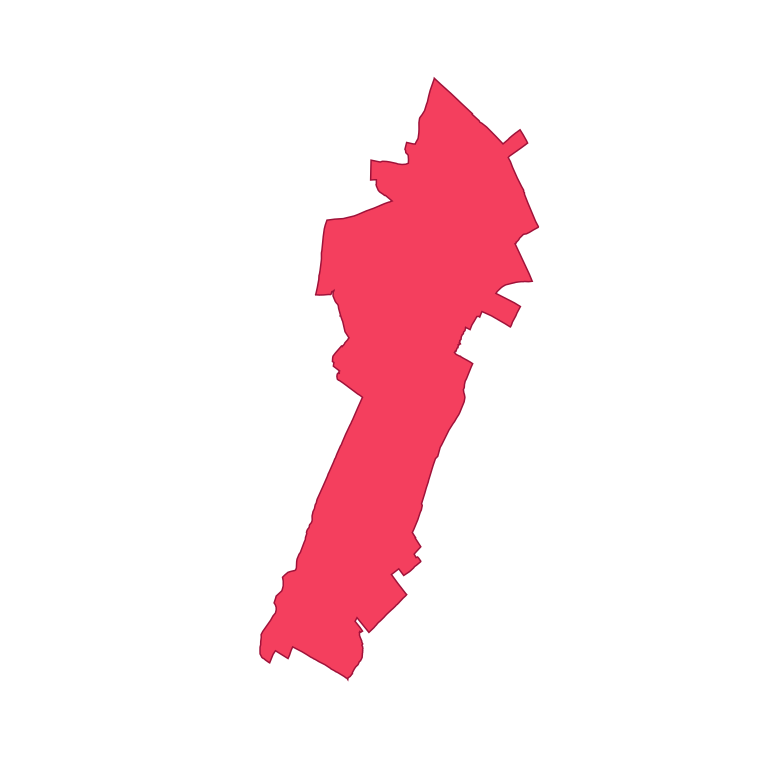 Vutcani, Vaslui, Romania, rotated 234°
{"feature_id": "2599482B53104310937331", "entity_name": "Vutcani", "entity_type": "district", "adm_level": 2, "iso_a3": "ROU", "parent_name": "Romania", "parent_adm1": "Vaslui", "projection": "equal_earth", "projection_center": [27.986, 46.445], "detail": "fine", "context": "isolated", "style": "filled", "palette": "rose", "viewbox_px": 768, "rotation_deg": 234, "n_neighbors": 0, "source": "geoboundaries", "source_scale": "gbopen_adm2", "svg_char_len": 6147}
<svg xmlns="http://www.w3.org/2000/svg" viewBox="0 0 768 768"><g transform="rotate(234 384 384)"><path d="M601.8,604.4L601.3,603.9L594.5,594.1L591.0,589.8L586.6,584.8L585.3,582.8L581.3,577.5L579.5,573.1L578.6,570.1L578.2,569.2L577.7,568.6L574.9,565.9L569.3,561.9L566.8,559.9L562.9,556.2L562.4,555.5L560.6,551.6L559.8,550.4L561.0,548.8L566.1,544.3L561.6,538.9L560.3,538.7L558.3,537.6L555.8,538.0L554.8,538.0L551.3,535.8L548.3,533.5L549.0,530.8L551.0,527.6L554.0,524.4L554.9,523.9L555.6,523.3L560.2,519.2L562.5,516.9L565.0,513.8L565.3,513.1L565.8,511.4L572.7,505.1L556.9,493.1L555.0,496.1L553.7,497.9L550.1,495.2L550.0,494.8L548.5,494.2L544.0,493.2L541.9,493.4L537.5,495.0L536.4,495.2L535.9,495.6L535.8,496.0L527.3,498.1L527.8,496.4L527.9,495.4L528.3,494.9L529.7,490.1L532.2,479.1L534.4,471.6L536.7,461.5L537.5,458.6L541.8,448.2L546.4,440.9L549.0,436.1L550.1,434.2L547.1,429.9L544.6,426.9L539.2,421.7L528.6,412.3L526.8,410.4L522.2,407.1L521.0,406.1L513.2,398.8L510.7,396.2L510.1,395.3L506.9,392.7L501.1,386.6L496.7,381.6L496.6,380.8L496.7,380.6L495.0,382.8L494.1,383.8L491.5,387.6L489.1,391.6L487.8,393.3L487.8,394.1L489.3,395.9L489.4,396.3L488.9,397.5L489.1,398.6L488.9,398.5L488.3,397.0L487.4,396.2L485.2,394.5L479.4,393.1L477.3,393.1L475.8,393.3L474.4,393.1L471.8,391.7L465.4,389.3L465.0,388.6L464.7,389.0L459.7,387.5L459.0,387.4L449.2,383.2L441.9,382.8L441.6,381.5L441.2,380.9L440.3,376.6L439.5,375.1L438.9,372.2L439.6,372.3L439.7,371.8L437.6,362.7L436.5,359.1L435.4,357.9L432.5,355.5L430.9,356.1L428.2,353.5L420.7,355.7L420.7,355.2L420.0,354.2L419.2,354.4L418.9,354.1L419.0,353.7L419.6,353.4L419.8,353.1L419.5,352.0L417.9,350.4L415.6,349.2L415.1,349.1L413.8,349.5L412.8,350.1L408.5,351.6L391.3,356.9L389.2,357.8L385.9,358.8L380.8,349.9L373.2,337.0L372.7,335.9L371.6,334.2L370.6,332.1L367.4,326.3L365.9,323.5L361.1,315.5L360.0,313.9L359.4,312.3L355.0,304.7L352.7,301.2L352.3,300.1L350.6,297.5L344.8,287.5L344.1,286.1L342.5,283.8L336.9,274.2L330.0,262.1L329.2,261.1L327.7,259.4L327.1,258.4L327.0,257.8L326.2,256.8L324.0,254.4L322.5,251.6L322.1,251.1L321.3,250.3L319.6,248.3L316.5,246.2L315.6,245.4L314.6,243.9L313.9,241.3L313.6,240.7L312.2,239.4L311.8,238.5L311.4,236.9L310.8,235.7L309.6,234.1L308.3,233.5L306.1,230.4L304.3,228.8L302.9,226.4L296.9,217.3L296.2,215.2L293.4,210.7L291.6,208.9L286.7,205.0L285.5,203.2L285.6,202.1L287.2,198.4L288.1,195.6L287.8,191.5L287.3,188.3L283.9,186.7L279.9,183.8L277.6,181.0L276.7,179.6L275.8,172.1L274.4,170.4L271.5,166.4L269.3,166.3L266.7,165.5L264.6,164.0L262.5,161.5L261.6,157.9L259.5,153.4L255.1,140.5L253.5,137.3L251.2,135.8L248.0,132.8L245.6,131.0L244.0,129.1L241.5,127.2L238.5,125.1L234.6,124.5L233.2,124.9L232.1,125.5L230.5,125.8L226.4,127.2L225.6,127.6L230.5,135.4L232.0,139.4L218.3,145.0L220.1,148.1L223.1,152.3L225.0,155.6L215.6,160.3L210.2,162.6L206.1,164.2L204.2,165.2L202.6,165.8L201.4,166.6L200.4,166.9L199.1,167.6L198.5,167.7L191.7,171.2L185.6,173.5L184.8,173.6L181.1,175.4L179.8,175.8L177.9,176.9L170.7,179.9L168.6,180.5L167.7,181.1L166.2,181.0L167.2,182.0L167.4,182.6L167.3,184.8L167.6,185.4L167.6,186.0L168.2,187.2L168.1,188.1L168.3,188.3L169.1,188.8L171.0,192.7L171.8,195.0L172.2,198.0L173.9,200.9L173.9,202.4L174.6,203.5L174.8,204.2L175.9,205.9L176.7,206.4L177.6,207.3L178.7,208.1L179.2,208.8L180.0,209.3L180.6,210.0L181.6,210.4L182.2,211.3L184.1,212.3L185.7,212.6L186.2,214.0L188.2,214.3L189.0,214.9L192.9,215.8L195.2,216.5L196.7,217.7L197.5,218.0L198.0,218.9L197.0,219.1L196.8,219.7L196.7,221.4L201.3,221.5L209.0,221.1L210.8,224.8L191.9,225.8L192.8,232.6L193.3,234.6L193.7,236.9L194.0,237.4L194.4,239.7L194.4,240.7L194.7,243.1L195.3,247.0L195.6,248.2L196.1,250.8L197.0,257.9L197.0,258.7L197.6,262.9L197.9,263.8L197.9,265.6L198.2,266.3L198.2,267.2L198.4,267.8L199.5,273.4L199.9,276.9L200.3,278.6L201.7,278.4L214.6,278.0L225.5,278.0L225.8,287.3L217.5,287.4L217.2,294.2L217.3,295.7L217.8,299.8L218.3,301.4L218.3,303.9L218.6,308.0L218.7,309.2L219.0,309.6L222.5,309.7L224.3,309.5L224.5,309.2L224.7,307.9L228.6,308.4L228.7,308.5L230.7,318.1L241.1,318.7L241.1,319.2L247.2,319.6L248.7,322.4L254.4,331.7L258.7,337.6L259.6,339.1L260.1,340.1L263.1,343.4L263.6,343.7L265.0,343.9L271.9,353.1L275.0,357.0L278.8,362.3L279.8,363.4L289.2,375.8L292.7,380.8L293.3,381.6L293.5,382.5L293.9,385.0L299.7,392.2L300.9,394.9L308.6,409.6L311.5,416.9L312.1,418.9L313.9,422.9L315.3,426.5L316.3,428.4L322.5,438.4L325.4,441.4L326.2,441.9L328.3,442.9L330.1,443.5L332.9,445.0L333.3,445.9L334.2,447.1L336.3,448.8L338.6,451.4L339.7,453.7L346.5,464.5L348.3,467.7L351.5,466.5L358.1,463.4L361.1,462.1L361.3,462.2L361.9,461.9L362.0,461.6L365.3,459.9L366.5,459.6L368.1,459.6L368.0,460.1L368.7,460.9L368.7,461.2L368.2,461.5L369.9,463.9L370.1,464.6L370.1,464.8L369.9,465.1L370.2,465.5L371.0,466.0L371.1,466.6L371.4,467.0L372.0,467.1L371.6,467.8L371.8,468.1L372.2,468.3L372.2,468.6L371.6,469.0L371.5,469.4L372.4,469.6L373.1,469.3L373.5,469.4L373.6,469.6L373.7,470.4L374.5,470.7L374.7,470.9L374.6,471.5L374.8,472.5L376.8,474.3L377.4,475.6L377.9,476.2L377.9,477.2L378.1,477.8L379.2,478.9L379.4,479.4L379.5,480.5L379.7,481.1L380.4,481.7L380.9,482.5L381.7,483.0L381.9,483.3L377.4,485.6L380.1,489.8L381.8,493.9L384.0,498.8L382.9,500.5L381.9,500.8L384.2,504.4L385.0,505.9L376.0,511.0L361.6,517.4L355.9,519.7L356.0,520.2L356.9,521.9L358.6,524.3L361.7,530.8L363.2,533.2L366.5,539.9L373.0,537.2L391.5,527.8L392.3,530.0L393.0,534.8L393.1,537.1L392.8,540.1L392.6,541.0L388.7,550.6L387.5,552.8L386.2,555.1L384.8,557.0L384.4,557.9L381.8,561.1L380.0,564.3L387.4,566.1L420.5,572.5L420.4,573.9L420.7,574.3L421.0,574.4L420.9,574.6L421.4,577.3L421.7,578.2L422.3,579.4L423.1,584.7L422.8,585.5L421.8,587.5L421.2,590.8L420.8,595.8L420.1,600.8L420.2,601.0L420.6,601.4L426.3,602.2L446.3,606.9L454.7,609.1L455.5,609.5L456.1,610.0L457.7,610.1L458.7,610.9L463.0,611.4L472.2,612.9L483.5,615.3L489.7,617.0L494.2,617.6L494.6,619.3L494.4,633.9L494.5,641.8L497.2,642.3L504.1,643.1L509.7,643.5L509.7,637.9L509.5,633.4L509.2,629.9L508.8,628.1L508.3,621.4L518.2,620.1L531.4,618.1L537.5,616.4L539.3,615.5L539.8,615.5L541.1,615.7L550.4,613.8L550.7,614.4L565.8,611.5L579.4,609.0L593.9,605.9L601.8,604.4Z" fill="#f43f5e" stroke="#9f1239" stroke-width="1.5"/></g></svg>